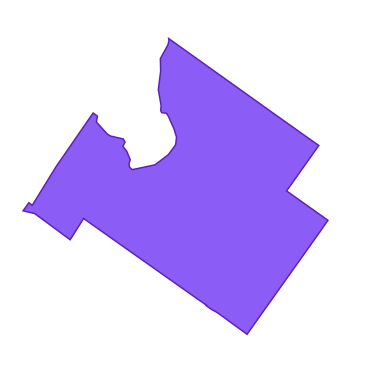 Brown, Wisconsin, United States of America, rotated 305°
{"feature_id": "52423323B36008128098590", "entity_name": "Brown", "entity_type": "district", "adm_level": 2, "iso_a3": "USA", "parent_name": "United States of America", "parent_adm1": "Wisconsin", "projection": "natural_earth1", "projection_center": [-88.012, 44.46], "detail": "fine", "context": "isolated", "style": "filled", "palette": "violet", "viewbox_px": 384, "rotation_deg": 305, "n_neighbors": 0, "source": "geoboundaries", "source_scale": "gbopen_adm2", "svg_char_len": 818}
<svg xmlns="http://www.w3.org/2000/svg" viewBox="0 0 384 384"><g transform="rotate(305 192 192)"><path d="M304.3,84.9L302.8,86.3L298.5,87.9L283.1,89.6L273.0,97.0L256.4,105.8L245.1,117.1L240.7,119.7L239.6,121.6L241.6,125.4L241.8,125.7L240.7,128.8L233.5,140.9L228.0,147.9L223.2,150.5L221.2,151.5L208.9,151.2L192.9,146.0L179.2,133.2L176.0,130.1L176.5,126.6L178.9,124.2L183.0,122.9L187.9,115.3L189.7,109.3L194.5,108.5L196.0,105.3L191.1,93.1L190.9,89.2L194.5,73.6L199.9,71.0L200.0,65.7L135.3,66.1L90.9,68.7L89.5,68.7L89.6,64.5L84.2,64.5L79.7,64.4L84.1,75.5L83.0,119.6L108.1,118.4L107.6,231.8L107.5,257.5L107.6,268.6L107.1,268.6L107.0,271.7L107.0,275.6L107.7,281.5L107.0,318.7L175.6,319.2L230.4,319.6L246.8,319.6L247.1,268.9L302.8,269.2L303.1,218.4L304.3,84.9Z" fill="#8b5cf6" stroke="#5b21b6" stroke-width="1.5"/></g></svg>